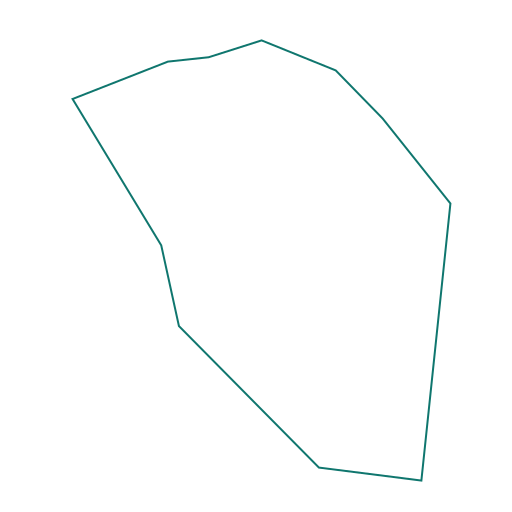 SVG path tracing the border of Odranci, rotated 93°
{"feature_id": "SVN-1046", "entity_name": "Odranci", "entity_type": "Municipality", "adm_level": 1, "iso_a3": "SVN", "parent_name": "Slovenia", "parent_adm1": "", "projection": "robinson", "projection_center": [16.274, 46.584], "detail": "fine", "context": "isolated", "style": "outline", "palette": "teal", "viewbox_px": 512, "rotation_deg": 93, "n_neighbors": 0, "source": "natural_earth", "source_scale": "10m", "svg_char_len": 302}
<svg xmlns="http://www.w3.org/2000/svg" viewBox="0 0 512 512"><g transform="rotate(93 256 256)"><path d="M193.4,64.6L471.6,79.1L464.0,182.1L330.0,329.3L250.3,351.2L108.8,447.4L66.5,354.2L60.0,313.7L40.4,261.7L66.5,186.1L112.0,136.8L193.4,64.6Z" fill="none" stroke="#0f766e" stroke-width="2"/></g></svg>